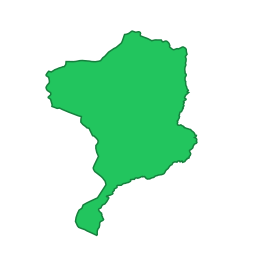 outline of Oporapa, Huila, Colombia, rotated 249°
{"feature_id": "7082276B53955243236004", "entity_name": "Oporapa", "entity_type": "district", "adm_level": 2, "iso_a3": "COL", "parent_name": "Colombia", "parent_adm1": "Huila", "projection": "equal_earth", "projection_center": [-76.08, 2.065], "detail": "fine", "context": "isolated", "style": "filled", "palette": "green", "viewbox_px": 256, "rotation_deg": 249, "n_neighbors": 0, "source": "geoboundaries", "source_scale": "gbopen_adm2", "svg_char_len": 5706}
<svg xmlns="http://www.w3.org/2000/svg" viewBox="0 0 256 256"><g transform="rotate(249 128 128)"><path d="M216.5,158.3L211.0,153.7L209.6,152.1L207.6,146.3L207.3,145.2L207.3,143.7L205.8,137.1L203.2,132.0L202.6,129.7L200.7,126.6L200.8,124.8L201.6,121.2L203.1,117.8L204.4,115.7L205.2,114.0L207.4,109.5L208.1,107.3L208.8,103.3L209.5,100.8L211.1,96.9L212.2,94.0L209.6,92.7L208.5,91.1L208.1,90.4L208.5,89.4L208.5,87.4L208.7,85.3L208.6,83.0L208.6,80.5L208.3,79.2L207.8,76.3L208.8,75.2L209.4,74.3L208.7,72.9L207.0,70.6L206.2,70.4L203.7,72.1L201.1,71.7L199.9,71.4L198.4,70.7L196.9,67.9L195.4,66.1L193.9,65.8L192.0,66.1L189.3,68.0L188.6,68.4L187.2,68.1L186.4,67.1L185.6,64.8L184.9,64.4L182.6,66.0L176.8,65.5L175.4,64.7L173.7,66.7L171.7,68.9L171.2,71.2L168.7,73.5L164.0,78.4L157.2,86.0L155.4,88.6L153.0,87.2L150.4,86.1L147.5,87.1L144.6,88.9L142.9,89.7L141.7,91.5L133.5,92.2L132.8,93.3L130.7,94.4L129.0,95.1L126.8,95.6L124.7,94.4L123.2,91.8L120.5,90.7L116.4,90.1L112.1,90.3L105.5,83.3L103.2,81.2L101.7,81.0L99.3,81.4L92.7,85.4L90.6,86.4L86.4,87.6L82.9,87.1L73.7,74.5L73.1,65.9L72.8,62.5L72.2,58.5L69.6,56.2L68.8,52.8L66.2,50.1L63.1,47.5L59.6,45.5L54.7,45.8L52.9,46.4L50.5,49.0L48.7,51.2L46.7,52.8L43.3,56.2L39.0,60.3L39.5,61.1L41.0,61.6L43.1,62.5L43.8,63.2L44.1,63.3L44.7,64.1L45.3,65.1L45.6,65.5L47.4,66.7L49.2,67.4L49.7,67.7L50.3,68.5L50.5,69.1L50.7,71.2L51.0,72.0L51.5,72.5L52.4,72.3L52.6,72.3L52.8,72.1L53.5,72.2L54.0,72.3L55.8,72.1L56.3,72.5L56.6,72.6L57.0,72.7L57.4,72.5L57.8,72.5L58.1,72.7L58.6,72.3L59.9,71.7L60.9,71.3L62.1,71.2L62.6,71.4L62.8,71.7L63.0,72.1L63.1,74.0L63.4,74.4L64.7,75.6L65.3,76.6L65.4,77.5L65.4,78.7L65.5,79.5L66.2,80.5L66.7,81.5L67.3,82.3L67.9,83.0L68.3,83.6L68.6,83.8L69.5,85.0L70.0,85.0L70.9,84.5L71.1,84.3L71.2,83.8L71.5,83.5L71.8,83.4L72.0,83.6L72.1,84.0L72.1,84.6L71.7,87.4L71.9,89.8L72.1,90.2L72.4,90.5L73.2,90.4L73.6,90.6L73.9,91.0L74.2,91.7L74.4,92.4L74.7,92.8L75.7,93.1L75.9,93.3L76.0,93.7L76.2,95.2L76.4,96.3L76.8,96.6L77.9,96.9L78.1,97.2L78.2,97.5L78.1,97.9L77.1,100.8L77.0,101.3L77.6,103.0L77.7,104.0L77.6,104.5L77.3,105.6L77.3,107.2L77.0,108.8L77.3,110.8L77.4,111.2L77.8,111.6L78.7,111.7L78.8,111.8L78.9,112.0L78.6,112.9L78.5,113.1L78.3,114.5L78.0,114.9L77.8,115.4L77.8,115.7L78.5,116.5L78.6,116.8L78.5,117.4L78.3,118.3L77.7,119.0L77.6,119.4L77.6,120.2L77.5,121.1L77.7,122.6L77.7,123.9L77.6,124.2L77.5,124.3L77.1,124.3L76.9,125.8L76.7,126.1L76.4,126.3L75.8,126.3L75.2,126.7L74.6,126.8L73.4,127.8L73.2,128.6L72.8,129.8L72.7,130.5L73.0,132.3L72.7,133.7L72.7,134.3L72.8,134.9L73.3,136.0L73.3,137.1L73.1,138.3L73.2,139.6L72.9,140.6L72.7,141.7L72.4,142.7L72.4,143.2L72.4,144.6L72.5,145.1L72.9,145.9L73.7,146.9L74.4,147.6L74.9,148.4L75.1,148.7L75.8,150.9L76.7,152.1L77.5,153.3L77.9,154.2L78.0,154.6L78.0,155.4L78.0,155.8L78.6,156.5L79.4,157.3L79.5,157.8L79.7,159.2L79.3,160.3L78.7,161.2L78.6,161.6L78.6,161.8L78.9,162.1L79.1,162.6L79.2,163.1L79.1,163.6L78.9,164.1L78.7,164.3L78.0,164.3L77.8,164.4L77.7,164.8L77.8,165.5L77.8,166.6L77.6,166.7L76.5,166.6L76.3,166.7L76.3,166.9L76.4,167.7L76.3,168.8L76.5,169.3L76.7,169.6L77.3,170.1L77.4,170.4L77.5,171.4L77.9,172.0L78.3,172.2L78.4,172.6L78.1,173.7L78.1,174.1L78.3,174.4L78.7,174.5L79.4,174.9L79.6,175.2L80.2,176.3L80.9,176.9L81.4,177.3L82.3,177.3L83.3,177.2L83.6,177.1L84.1,177.1L84.6,177.2L85.1,177.5L85.2,178.6L85.8,180.4L86.1,181.0L86.2,181.3L86.5,181.6L87.3,182.0L87.6,182.3L89.1,184.1L89.2,184.7L89.2,185.7L89.3,186.3L89.7,187.0L89.9,187.2L90.3,187.3L91.1,187.0L91.5,187.2L92.0,187.8L92.7,188.1L93.3,188.1L93.8,187.9L94.4,187.4L95.0,187.1L95.3,186.8L95.6,188.4L96.3,189.0L96.6,189.2L97.3,188.2L97.6,188.0L97.8,188.0L98.8,188.2L100.0,187.9L101.3,187.3L102.5,186.5L104.1,185.9L104.5,185.4L104.8,184.8L106.0,183.5L106.6,182.5L107.5,181.7L108.1,180.7L108.4,180.5L109.2,180.7L109.3,180.6L109.9,180.2L110.8,179.2L111.5,178.9L111.8,178.6L112.1,178.1L112.0,177.3L112.2,176.6L112.4,176.2L112.7,175.9L113.2,175.5L113.6,175.7L114.2,175.5L114.8,175.8L115.7,176.6L116.5,176.4L116.9,176.5L117.3,177.5L117.6,177.9L118.3,178.4L118.8,179.2L119.2,179.6L120.0,179.8L120.3,180.2L120.4,180.3L121.2,180.1L121.6,180.2L121.8,180.4L122.0,180.7L122.2,180.9L123.0,181.4L123.9,182.0L124.1,182.2L124.1,182.8L124.1,183.8L125.0,184.6L125.6,185.5L125.8,185.7L126.5,185.9L126.6,186.2L126.7,186.7L126.8,186.8L127.4,186.6L127.7,186.6L128.3,187.8L128.6,188.0L129.0,188.3L129.5,188.2L130.0,188.1L130.4,188.2L130.7,188.5L131.0,189.0L131.4,189.5L131.8,189.5L132.3,189.1L132.6,189.1L132.9,189.4L133.0,189.7L133.2,190.5L133.5,191.2L133.6,192.1L133.8,192.4L134.0,192.5L134.8,192.4L135.0,192.2L135.2,191.9L135.5,191.6L135.8,191.6L136.5,191.9L136.6,192.0L136.9,192.5L137.9,193.5L138.5,195.1L139.4,197.3L140.1,196.2L140.4,196.2L140.8,196.4L141.0,196.8L141.3,197.5L141.5,197.8L143.5,197.2L144.0,197.2L145.5,197.5L146.9,197.3L148.1,197.6L148.6,197.8L149.1,197.8L150.8,198.6L151.5,198.3L152.3,198.4L154.8,199.4L155.7,200.6L156.2,201.1L156.8,201.4L157.4,201.5L159.0,200.9L159.7,201.4L160.5,201.5L162.4,202.0L163.6,202.6L164.6,203.2L165.6,204.3L166.6,204.8L167.7,204.8L168.5,205.2L169.0,205.7L169.8,206.2L171.6,207.0L172.5,207.1L173.2,207.0L173.9,207.1L174.5,207.7L175.1,208.6L175.7,209.6L176.7,209.6L178.5,209.9L180.5,210.5L181.6,210.3L182.2,210.0L183.3,209.1L184.0,208.4L184.1,207.2L183.9,205.9L183.8,203.4L184.5,202.3L184.6,201.7L184.6,199.8L184.7,198.7L185.4,197.8L188.6,195.9L189.2,196.0L189.8,196.5L190.4,196.6L192.3,196.6L193.5,196.2L195.0,195.4L195.6,194.6L195.8,193.5L195.8,192.0L196.0,191.3L196.5,190.9L198.2,190.6L200.5,184.8L201.0,181.4L204.1,178.7L209.5,172.7L210.7,172.8L211.7,173.6L212.7,173.7L213.6,173.1L214.1,172.3L214.6,169.5L216.9,166.8L217.0,166.0L216.2,163.4L216.0,161.8L216.1,160.0L216.5,158.3Z" fill="#22c55e" stroke="#15803d" stroke-width="1.5"/></g></svg>